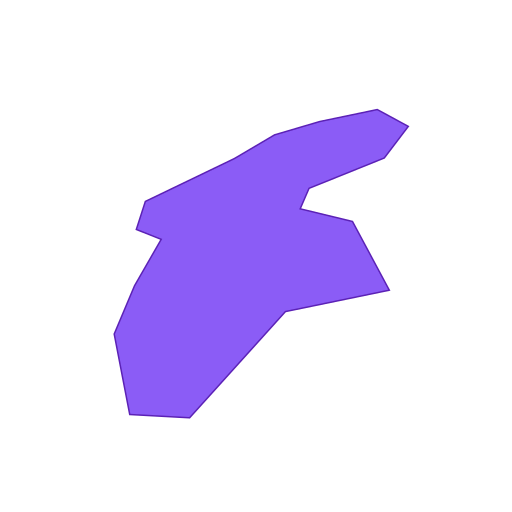 outline of Saint John, rotated 318°
{"feature_id": "VIR-4869", "entity_name": "Saint John", "entity_type": "state/province", "adm_level": 1, "iso_a3": "VIR", "parent_name": "United States Virgin Islands", "parent_adm1": "", "projection": "robinson", "projection_center": [-64.723, 18.338], "detail": "fine", "context": "isolated", "style": "filled", "palette": "violet", "viewbox_px": 512, "rotation_deg": 318, "n_neighbors": 0, "source": "natural_earth", "source_scale": "10m", "svg_char_len": 396}
<svg xmlns="http://www.w3.org/2000/svg" viewBox="0 0 512 512"><g transform="rotate(318 256 256)"><path d="M340.7,241.2L320.4,250.5L350.8,294.9L332.2,370.6L240.7,317.0L98.4,331.8L56.1,289.3L98.4,219.1L145.9,196.8L196.7,180.2L184.8,156.2L210.3,141.4L305.1,169.1L350.9,178.4L393.3,198.7L444.1,228.3L455.9,261.6L416.9,269.0L340.7,241.2Z" fill="#8b5cf6" stroke="#5b21b6" stroke-width="1.5"/></g></svg>